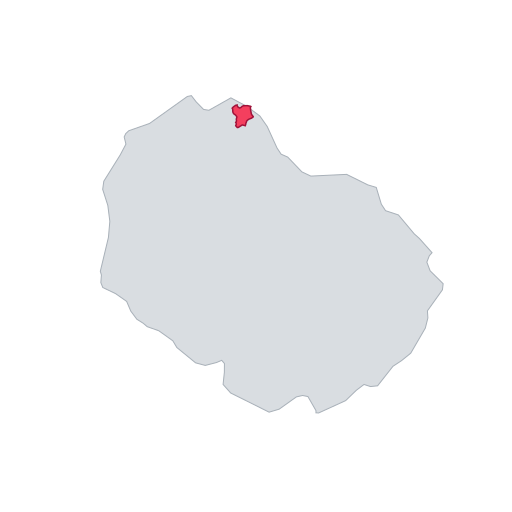 where Bogdanci sits in North Macedonia, rotated 231°
{"feature_id": "MKD-2996", "entity_name": "Bogdanci", "entity_type": "Statistical Region", "adm_level": 1, "iso_a3": "MKD", "parent_name": "North Macedonia", "parent_adm1": "", "projection": "orthographic", "projection_center": [22.578, 41.189], "detail": "fine", "context": "in_parent", "style": "filled", "palette": "rose", "viewbox_px": 512, "rotation_deg": 231, "n_neighbors": 0, "source": "natural_earth", "source_scale": "10m", "svg_char_len": 1936}
<svg xmlns="http://www.w3.org/2000/svg" viewBox="0 0 512 512"><g transform="rotate(231 256 256)"><path d="M234.8,136.9L242.4,138.0L259.1,133.4L269.5,127.0L274.8,126.0L281.8,123.6L291.9,124.0L302.1,126.9L315.1,123.2L327.9,117.1L333.0,118.7L338.5,123.9L342.1,125.4L363.3,153.0L374.9,164.2L388.6,172.7L404.3,178.8L409.9,184.8L420.0,214.1L424.8,225.3L431.5,228.5L433.1,231.8L433.4,236.0L426.0,256.7L423.2,303.0L421.3,306.7L413.4,306.5L402.9,307.5L398.9,311.1L394.7,336.0L377.8,343.1L362.4,347.1L349.5,346.2L326.7,340.3L319.3,339.6L312.9,342.9L292.5,344.6L283.6,348.9L262.4,377.8L241.0,387.6L233.6,392.6L217.4,386.0L209.7,385.2L198.3,392.5L173.6,392.9L166.9,394.0L147.8,394.9L147.1,390.8L143.7,384.9L134.9,382.0L116.7,384.0L112.4,379.6L105.5,354.7L99.7,350.6L93.4,342.2L83.1,315.1L83.1,303.3L84.1,293.0L78.6,268.8L82.5,262.8L88.2,259.1L88.5,249.4L87.2,234.7L94.6,205.9L96.4,203.9L98.1,205.3L114.1,207.9L118.3,204.4L121.1,198.7L122.4,177.6L126.4,167.9L165.5,150.1L176.9,149.6L185.5,158.2L192.3,163.8L196.5,163.7L198.1,158.2L202.9,147.7L211.0,141.8L234.6,136.9L234.8,136.9Z" fill="#d9dde1" stroke="#a8b0b8" stroke-width="1"/><path d="M385.3,336.3L385.1,336.1L383.5,335.7L381.4,336.3L380.9,337.6L381.0,339.3L380.7,340.8L378.3,343.9L375.9,345.9L375.4,346.1L375.0,345.1L372.9,343.7L370.6,342.5L369.3,341.8L367.8,341.6L366.8,341.6L366.1,341.6L365.8,341.2L365.9,340.3L365.9,339.4L366.2,338.4L366.7,337.0L366.9,335.5L366.9,334.6L366.7,333.6L366.0,332.6L365.4,331.5L364.5,330.5L364.0,329.6L364.8,329.1L365.6,328.5L366.5,327.8L366.6,326.8L366.9,324.6L367.0,323.3L367.6,322.3L370.0,322.2L370.4,322.8L370.6,323.4L371.9,324.3L372.6,324.3L372.9,325.4L373.7,326.2L374.6,326.7L375.2,327.4L376.0,328.6L376.8,328.8L377.8,328.8L378.6,328.8L379.2,328.6L379.7,328.3L380.5,328.3L381.6,328.3L382.6,328.7L383.7,329.5L385.0,330.4L385.7,330.4L386.0,330.9L386.1,332.4L386.0,333.8L386.0,334.8L385.3,336.3Z" fill="#f43f5e" stroke="#9f1239" stroke-width="1.5"/></g></svg>